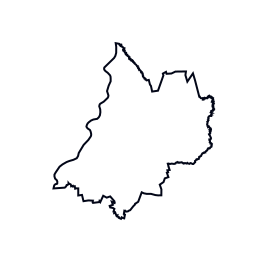 Paraná, Entre Ríos, Argentina, rotated 341°
{"feature_id": "61730980B11552095323688", "entity_name": "Paraná", "entity_type": "district", "adm_level": 2, "iso_a3": "ARG", "parent_name": "Argentina", "parent_adm1": "Entre Ríos", "projection": "natural_earth1", "projection_center": [-59.902, -31.635], "detail": "fine", "context": "isolated", "style": "outline", "palette": "ink", "viewbox_px": 256, "rotation_deg": 341, "n_neighbors": 0, "source": "geoboundaries", "source_scale": "gbopen_adm2", "svg_char_len": 5913}
<svg xmlns="http://www.w3.org/2000/svg" viewBox="0 0 256 256"><g transform="rotate(341 128 128)"><path d="M102.0,206.4L103.3,206.4L107.7,203.6L109.4,202.8L110.0,202.0L110.3,202.1L110.8,201.8L113.6,201.1L120.0,193.3L121.7,194.9L124.3,196.4L128.2,197.7L132.0,200.3L134.5,201.5L137.6,202.5L139.6,196.9L139.6,191.9L144.0,190.7L146.4,187.6L150.2,187.6L150.2,182.9L151.5,182.9L151.5,180.8L153.7,181.2L153.7,178.1L153.8,178.1L154.0,174.7L154.7,174.8L156.0,175.7L157.7,175.9L159.9,177.0L160.8,176.9L161.3,177.1L162.0,176.5L162.6,176.3L163.3,176.6L163.6,176.4L164.1,177.2L164.9,177.4L165.1,177.2L165.6,177.7L166.9,177.7L167.7,177.9L167.9,178.5L168.6,179.0L168.8,179.6L169.4,179.5L170.0,179.9L170.5,179.7L171.9,180.7L172.7,180.3L173.1,181.0L174.5,181.9L175.5,181.5L175.9,181.6L177.4,183.1L178.0,183.3L178.8,183.0L179.5,182.5L180.3,182.3L180.6,181.0L181.6,180.7L182.5,179.9L182.8,179.9L183.0,180.3L183.3,180.4L184.1,180.1L184.8,180.3L185.3,179.4L185.9,179.2L186.0,178.4L188.1,178.2L188.8,177.2L190.3,176.1L191.5,176.4L191.9,175.9L192.9,176.2L192.9,175.9L193.6,175.7L194.5,175.3L194.6,175.1L195.2,175.1L195.8,174.8L196.1,174.1L196.6,173.9L197.1,173.3L197.5,173.3L197.8,173.8L198.6,173.9L199.2,173.5L199.4,173.1L200.8,172.9L201.3,172.1L201.1,171.8L201.8,170.9L201.5,170.2L202.0,170.1L201.8,169.6L200.9,169.4L201.1,168.7L200.7,168.0L201.1,167.7L201.3,166.7L201.0,166.2L201.2,165.9L201.2,165.3L202.5,165.5L203.2,164.6L202.9,161.3L202.5,160.7L202.5,160.3L203.3,160.2L203.4,159.9L203.7,159.8L203.6,159.6L204.5,158.7L204.1,158.1L204.1,157.7L204.5,157.2L204.9,157.0L204.7,156.6L205.3,156.7L205.6,157.1L206.1,156.2L206.1,155.9L205.6,155.3L205.8,155.1L205.5,154.8L205.5,154.3L204.9,153.6L204.0,153.4L204.2,153.0L205.0,152.9L205.0,152.7L203.8,151.8L204.1,150.8L204.0,150.2L204.8,149.2L204.9,148.6L205.3,148.2L205.2,147.9L205.7,147.8L206.1,147.1L206.5,146.9L206.3,146.5L206.6,146.4L206.7,145.9L207.2,145.5L207.0,144.9L207.4,144.0L208.1,143.8L208.3,143.4L209.3,143.2L210.6,143.7L210.8,142.8L211.4,142.8L211.1,142.3L211.7,141.3L211.7,140.9L212.2,141.0L211.7,140.4L212.0,140.2L211.9,140.0L211.6,139.9L212.0,139.5L212.7,139.6L212.4,139.4L212.4,139.0L213.0,139.0L213.3,139.2L213.9,138.7L214.1,138.9L214.2,138.6L214.7,138.9L215.3,138.7L215.0,137.7L215.4,137.6L215.2,137.2L215.4,136.8L215.3,136.7L215.5,135.9L215.1,136.0L215.0,135.8L215.7,135.2L215.2,134.7L215.6,134.4L215.8,134.0L215.7,133.9L216.0,133.7L215.6,133.6L215.8,133.0L216.9,132.5L216.7,132.2L216.9,131.7L216.6,131.4L217.4,131.4L217.7,130.9L217.0,130.5L216.4,131.1L216.3,130.8L216.4,130.4L216.2,130.1L216.7,129.8L216.6,129.6L216.8,129.4L217.1,129.4L217.3,128.8L217.6,128.8L217.5,128.5L217.9,128.2L217.8,127.5L218.1,127.3L217.9,127.0L217.7,127.3L217.0,127.2L216.8,127.0L217.3,126.5L217.0,126.1L216.9,125.4L216.6,125.2L216.3,125.8L216.1,125.8L216.0,125.3L215.6,125.2L215.4,123.9L215.1,123.9L214.9,124.4L214.4,124.8L214.1,124.9L214.0,124.4L213.7,124.3L213.6,124.5L213.8,125.0L213.8,125.3L212.9,125.2L212.6,125.6L211.7,125.0L210.9,125.2L210.3,124.3L210.0,124.3L210.1,124.9L209.7,124.7L209.7,125.0L209.4,125.3L209.0,125.1L209.2,125.5L208.9,125.8L208.5,125.7L208.5,125.3L208.2,125.3L208.4,124.9L208.0,124.0L207.5,124.0L206.6,123.5L206.1,122.2L205.8,122.0L206.0,121.6L205.6,121.3L206.9,104.8L207.2,97.5L199.2,103.5L199.5,96.7L201.2,93.4L191.2,90.1L186.8,90.6L182.1,89.3L182.2,87.3L178.7,87.9L178.6,89.8L168.5,102.5L162.7,101.4L163.4,95.7L162.9,94.1L163.3,89.3L161.0,89.0L160.5,88.0L160.6,87.7L160.2,87.6L160.3,86.9L159.9,86.7L160.1,86.4L159.4,85.2L159.2,85.2L159.1,84.5L158.9,84.1L159.0,83.4L159.3,83.2L159.2,83.0L159.4,82.5L159.2,82.1L159.6,81.3L159.4,81.0L159.5,80.8L158.7,80.0L159.1,79.5L158.5,79.1L158.7,78.3L158.2,77.2L157.9,77.1L157.6,76.5L157.8,75.5L157.6,75.4L157.4,75.6L157.4,75.2L157.1,74.9L157.4,74.2L157.1,74.1L157.2,73.3L156.9,73.0L157.2,72.7L156.7,72.4L156.3,70.9L155.1,69.0L155.0,68.6L155.2,68.4L154.9,68.2L154.9,67.6L154.5,67.6L154.2,67.1L154.5,66.3L153.6,65.8L153.9,65.2L152.9,65.0L153.0,63.5L152.3,63.2L151.8,63.5L151.6,63.3L151.7,62.4L152.2,62.5L152.5,61.5L152.0,61.2L152.0,60.4L151.1,59.8L151.2,58.8L150.6,58.8L150.1,58.0L150.5,57.9L150.6,56.8L150.2,56.5L150.6,56.1L150.1,55.6L149.7,55.6L149.5,54.9L149.7,54.2L150.1,53.7L149.7,53.3L149.3,53.4L149.3,53.1L148.7,53.0L148.8,52.6L149.3,52.8L149.5,52.1L150.0,52.4L150.0,51.7L150.3,51.8L150.6,51.4L149.7,50.8L149.6,50.1L148.6,49.0L148.8,47.0L148.0,46.9L147.9,47.8L147.6,47.9L147.4,47.3L147.8,46.7L147.7,46.4L147.0,46.2L147.0,45.5L144.0,43.8L143.3,47.4L141.3,53.1L139.5,55.7L137.6,57.3L125.3,63.1L124.6,64.4L124.7,65.7L125.3,67.0L126.8,69.2L128.2,72.4L128.2,73.8L127.7,75.6L126.8,78.2L123.5,81.7L120.2,86.3L120.1,90.8L119.5,92.0L118.6,92.9L113.6,95.2L109.7,96.0L108.9,96.5L107.9,98.0L107.8,101.3L107.0,104.1L105.6,106.8L104.0,108.3L101.9,109.3L98.0,108.7L95.5,108.9L92.8,109.8L91.4,110.5L90.3,111.5L89.2,113.0L89.2,113.8L89.7,115.3L91.3,117.4L91.5,118.9L91.4,120.4L91.2,121.8L90.7,123.0L90.1,123.8L86.6,126.4L80.6,129.5L73.3,135.6L71.7,138.2L69.7,139.9L66.0,140.3L61.9,140.1L58.9,140.2L54.2,141.1L50.7,142.3L45.1,146.5L43.3,148.1L42.7,149.8L42.6,152.1L43.7,154.3L43.7,155.7L43.0,157.5L42.6,157.7L41.2,157.5L40.0,157.9L39.3,158.6L37.9,160.9L48.8,163.8L50.4,163.1L51.3,162.1L51.5,162.3L53.4,161.8L53.8,160.7L54.0,161.3L55.0,162.2L55.5,162.8L55.4,164.3L55.3,164.6L57.1,164.7L57.0,165.5L58.7,165.7L58.3,168.2L59.4,168.2L61.3,168.9L59.0,175.6L62.7,176.3L62.1,182.7L67.0,183.6L71.0,185.2L70.7,185.5L70.8,186.3L70.6,187.0L70.4,187.1L70.5,187.4L76.7,188.7L77.2,187.9L77.6,189.1L82.5,184.0L85.2,186.9L88.9,186.9L91.3,192.9L91.1,193.4L91.1,194.4L90.9,194.6L88.7,192.5L88.7,195.7L85.3,195.7L85.3,197.3L87.6,198.6L88.8,200.0L87.1,202.3L88.0,202.9L87.3,204.0L88.4,204.1L88.5,207.1L89.6,207.1L89.0,208.2L90.4,209.4L90.1,210.0L91.8,211.6L92.9,210.4L93.9,211.5L95.0,212.2L96.8,209.1L96.3,208.8L96.5,208.2L96.1,207.9L97.6,205.1L98.3,205.8L98.5,205.6L98.9,206.4L100.8,206.8L102.0,206.4Z" fill="none" stroke="#020617" stroke-width="2"/></g></svg>